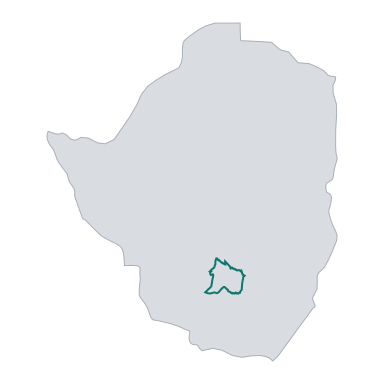 Mberengwa, Midlands, Zimbabwe (highlighted)
{"feature_id": "62879985B72104982716343", "entity_name": "Mberengwa", "entity_type": "district", "adm_level": 2, "iso_a3": "ZWE", "parent_name": "Zimbabwe", "parent_adm1": "Midlands", "projection": "equal_earth", "projection_center": [30.19, -20.689], "detail": "fine", "context": "in_parent", "style": "outline", "palette": "teal", "viewbox_px": 384, "rotation_deg": 0, "n_neighbors": 0, "source": "geoboundaries", "source_scale": "gbopen_adm2", "svg_char_len": 5942}
<svg xmlns="http://www.w3.org/2000/svg" viewBox="0 0 384 384"><path d="M272.8,361.0L269.5,358.1L265.0,356.3L259.2,355.5L251.6,355.8L242.3,357.3L232.4,355.5L221.8,350.2L213.0,348.3L202.4,350.6L202.0,350.7L200.1,348.9L197.2,345.0L192.4,344.3L191.1,343.4L190.0,342.0L189.3,340.1L189.0,338.1L189.8,331.7L189.4,331.0L188.1,330.3L185.5,329.5L179.1,326.6L171.1,323.8L158.2,320.7L153.1,319.9L152.0,319.0L150.5,316.6L148.0,309.3L145.6,304.5L140.0,297.0L139.1,294.7L139.3,288.7L139.7,284.0L140.3,279.9L140.0,276.1L139.9,271.3L140.1,268.2L139.3,266.8L137.3,265.8L131.5,265.4L124.5,265.6L124.3,260.7L123.5,253.3L122.2,249.0L120.6,246.8L117.4,244.4L110.8,241.2L101.9,236.4L94.3,229.2L85.6,220.2L82.8,218.7L79.6,210.3L74.6,195.9L74.8,191.1L74.1,188.7L69.3,181.6L68.2,178.0L67.3,174.2L59.6,163.8L57.0,159.3L55.0,153.5L53.0,148.8L51.3,146.9L49.2,143.8L47.6,140.1L46.9,137.4L47.4,133.8L48.1,131.3L55.4,133.9L59.3,134.1L62.4,132.9L66.2,134.6L70.8,139.3L75.8,140.2L81.1,137.3L88.3,138.1L97.5,142.8L105.1,143.8L114.0,139.6L122.0,128.1L129.5,117.2L136.9,104.6L141.3,94.5L147.8,86.2L156.5,79.9L165.3,74.5L178.8,67.9L181.5,62.4L182.4,56.5L182.4,48.2L183.1,42.9L184.5,40.4L186.7,38.5L189.6,36.1L198.5,29.8L206.0,25.8L215.1,23.1L225.1,23.1L234.7,23.1L240.1,23.0L240.2,31.0L240.6,40.0L241.7,40.8L248.9,41.0L260.5,41.6L271.6,42.3L278.8,48.7L281.1,50.1L288.6,51.9L298.0,62.7L309.4,63.7L317.2,67.1L324.0,70.8L328.0,75.2L330.6,76.2L334.0,76.6L335.7,77.0L335.3,80.2L333.0,85.6L333.2,93.3L336.4,104.1L336.7,113.4L335.7,129.9L335.6,145.9L335.9,151.5L336.4,155.3L337.1,157.4L337.0,159.7L335.0,166.4L333.5,173.4L333.4,176.2L332.8,178.2L331.7,180.0L326.7,183.2L325.9,185.2L325.9,188.8L326.5,191.9L328.3,193.0L330.5,194.7L331.4,197.0L331.4,199.4L330.7,203.9L328.6,211.2L330.6,219.7L332.8,225.2L335.8,231.5L337.0,235.4L336.9,238.2L336.5,241.0L331.8,252.5L328.5,259.7L324.4,267.4L319.1,272.3L317.7,274.6L317.1,277.2L317.3,283.0L317.0,289.0L312.4,298.3L315.2,306.2L314.6,307.0L313.0,308.1L306.5,317.1L299.8,326.1L295.0,332.7L289.5,340.3L283.3,348.7L278.1,355.9L272.8,361.0Z" fill="#d9dde1" stroke="#a8b0b8" stroke-width="1"/><path d="M242.0,272.8L241.9,272.8L241.8,272.7L241.9,272.4L241.8,272.2L241.7,272.1L241.7,271.9L241.7,271.7L241.7,271.4L241.6,271.1L241.5,270.9L241.4,270.7L241.3,270.4L241.2,270.3L240.9,270.4L240.9,270.5L240.7,270.7L240.7,270.9L240.8,270.9L240.8,271.0L240.7,271.1L240.4,270.8L240.3,270.7L240.2,270.6L239.9,270.6L239.5,270.4L239.4,270.3L239.2,270.2L238.7,270.1L238.2,270.2L237.8,270.4L237.6,270.4L237.2,270.4L236.9,270.4L236.8,270.2L236.7,270.0L236.4,269.7L236.0,269.6L235.7,269.5L235.5,269.8L235.4,269.8L235.3,269.7L235.1,269.4L234.8,269.0L234.7,269.0L234.4,269.0L234.1,268.9L233.9,268.7L233.5,268.7L233.2,268.8L233.0,268.6L232.9,268.2L232.5,268.2L232.3,268.2L232.2,268.2L232.0,267.6L231.9,267.6L231.7,268.0L231.4,268.3L231.0,268.5L230.8,268.4L230.7,268.4L230.5,268.5L230.4,268.4L230.3,268.2L230.4,267.3L230.4,267.1L230.2,266.8L230.0,266.6L229.6,266.2L229.4,265.9L229.2,265.7L228.9,265.4L225.2,261.4L225.2,262.2L225.2,262.5L225.2,262.9L225.2,263.9L225.2,264.1L225.3,264.5L225.1,264.5L224.9,264.4L224.5,264.2L224.4,264.1L224.0,263.5L224.0,263.4L223.8,263.4L223.7,263.4L223.5,263.6L223.4,263.6L223.2,263.5L223.1,263.3L222.9,263.2L222.7,263.3L222.6,263.2L222.4,263.0L222.4,262.7L222.1,262.5L221.8,262.6L221.7,262.6L221.5,262.4L221.4,262.4L221.2,262.3L220.9,262.2L220.7,261.8L220.6,261.7L220.4,261.3L220.1,261.1L219.8,260.9L219.6,260.7L219.4,260.6L219.2,260.6L218.9,260.6L218.7,260.4L218.7,260.2L218.7,259.9L218.3,260.0L218.1,260.0L217.9,259.8L217.8,259.6L217.7,259.5L217.6,259.4L217.5,259.2L217.4,259.3L217.2,259.1L217.1,258.9L216.9,258.5L216.8,258.4L216.7,258.4L216.3,258.4L216.1,258.9L215.8,260.0L215.4,261.2L215.4,263.4L215.4,263.9L215.4,264.0L215.4,264.4L215.0,265.0L214.7,265.3L214.5,266.6L214.3,267.4L213.0,268.5L211.0,270.1L210.7,270.4L210.9,270.6L211.3,271.4L210.6,271.6L209.9,271.8L210.0,271.9L210.4,274.1L210.6,274.6L210.8,275.0L211.4,274.8L212.1,274.6L212.5,274.4L212.8,274.3L213.0,274.6L213.2,274.9L213.3,275.1L213.0,277.2L212.8,277.7L212.7,278.2L212.5,279.0L212.4,279.3L212.3,280.3L212.1,281.1L212.1,281.6L211.9,283.0L211.7,284.0L211.6,284.7L211.4,286.1L210.0,287.8L208.4,289.2L206.4,291.3L206.2,291.4L205.3,292.3L206.8,292.9L208.1,293.3L210.3,293.5L213.9,292.5L215.3,292.6L216.1,292.9L216.7,293.1L216.8,293.1L217.3,293.1L218.8,292.1L219.0,291.9L219.4,291.3L219.5,291.2L219.8,290.9L220.0,290.7L221.0,289.4L221.2,289.2L221.3,289.2L221.5,289.0L221.6,288.9L221.8,288.8L222.1,288.3L222.7,287.7L223.2,287.3L223.4,287.1L223.5,287.1L223.6,287.3L223.8,287.3L224.1,287.1L224.3,287.0L224.5,287.0L224.8,287.1L224.9,287.3L225.0,287.4L225.8,288.1L226.0,288.3L226.1,288.5L226.5,288.8L226.8,289.0L227.0,289.3L227.2,289.5L227.3,289.5L227.6,289.5L227.8,289.7L227.9,289.8L227.8,290.2L227.9,290.5L228.0,290.9L228.1,291.0L228.5,291.3L228.8,291.5L229.0,291.6L229.3,291.8L229.5,291.9L230.0,291.8L230.5,292.2L230.6,292.3L230.8,292.6L231.0,292.8L231.5,293.2L232.0,292.9L232.1,293.0L232.5,293.4L232.8,293.2L233.1,293.1L233.4,293.1L233.8,293.3L234.0,293.3L234.2,293.5L234.3,293.5L234.6,293.5L234.7,293.1L234.9,292.9L235.3,292.7L235.6,292.5L235.8,292.5L236.0,292.8L236.2,293.0L236.4,293.2L236.5,293.3L236.7,293.1L236.8,293.0L237.1,293.0L237.3,293.2L237.8,293.6L238.0,293.6L238.4,293.5L238.5,293.5L238.6,293.4L238.8,293.2L239.1,292.8L239.3,292.6L239.5,292.4L239.9,292.5L239.9,292.4L240.0,292.2L240.0,291.9L240.2,291.7L240.3,291.5L240.5,291.5L240.8,290.8L241.8,289.6L241.8,289.1L241.7,288.5L241.8,287.7L241.9,287.0L242.0,286.2L242.1,285.7L242.0,285.0L242.1,284.1L242.2,283.1L242.6,281.1L242.7,280.0L242.9,279.4L243.1,279.0L243.1,278.6L243.2,277.3L243.4,276.8L243.8,276.4L244.2,276.2L244.6,275.7L244.3,275.6L243.9,275.7L243.8,275.8L243.7,275.8L243.3,275.7L243.2,275.6L243.1,275.4L243.1,275.0L243.2,274.9L243.2,274.7L243.1,274.4L242.9,274.3L242.7,274.2L242.4,274.0L242.3,273.9L242.2,273.6L242.0,273.2L242.0,272.9L242.0,272.8Z" fill="none" stroke="#0f766e" stroke-width="2"/></svg>